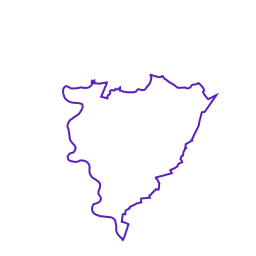 outline of Pomi, Satu Mare, Romania, rotated 224°
{"feature_id": "2599482B42596720355480", "entity_name": "Pomi", "entity_type": "district", "adm_level": 2, "iso_a3": "ROU", "parent_name": "Romania", "parent_adm1": "Satu Mare", "projection": "mercator", "projection_center": [23.315, 47.676], "detail": "fine", "context": "isolated", "style": "outline", "palette": "violet", "viewbox_px": 256, "rotation_deg": 224, "n_neighbors": 0, "source": "geoboundaries", "source_scale": "gbopen_adm2", "svg_char_len": 5658}
<svg xmlns="http://www.w3.org/2000/svg" viewBox="0 0 256 256"><g transform="rotate(224 128 128)"><path d="M148.7,181.8L147.3,180.9L146.3,180.6L146.0,180.4L145.9,180.3L145.4,179.2L143.4,175.9L143.3,175.3L143.3,174.4L143.1,173.6L142.9,173.0L143.2,172.0L143.2,171.8L143.1,171.2L142.8,170.8L142.8,170.7L142.8,170.4L142.7,170.2L142.8,169.9L142.7,169.7L142.8,169.2L142.5,167.9L142.5,167.5L142.8,166.8L142.9,166.5L143.3,166.3L143.8,165.6L143.9,165.2L144.1,165.0L146.2,163.9L147.7,162.9L147.8,162.5L147.8,162.2L147.7,161.0L147.7,160.6L147.6,159.6L147.8,159.0L148.4,158.2L149.6,156.8L151.1,155.4L153.3,153.2L156.1,151.3L159.8,149.4L161.8,151.6L162.4,148.3L163.5,147.5L164.1,147.4L163.9,145.4L165.9,144.1L166.4,143.2L166.6,142.4L166.5,142.0L165.9,141.3L165.5,141.1L165.1,140.9L164.9,139.7L164.7,138.9L165.1,137.8L165.1,137.6L164.8,136.9L164.7,136.4L164.6,136.2L164.2,135.8L163.8,135.3L163.5,135.2L163.4,135.1L164.6,134.3L169.0,131.9L174.0,144.5L174.8,146.1L176.0,144.6L176.2,144.1L176.5,143.8L177.0,143.3L177.7,142.3L178.0,142.0L178.6,140.9L179.2,140.1L180.1,139.5L181.9,138.0L182.5,137.7L182.7,137.2L183.3,136.7L183.5,136.6L183.7,136.8L183.8,136.8L184.0,136.9L184.0,137.2L183.9,137.6L184.0,137.9L184.5,138.2L185.1,138.5L185.3,138.7L185.9,137.2L186.6,137.1L186.1,135.7L185.4,135.4L184.5,134.9L184.3,134.5L184.1,133.8L184.0,131.5L184.4,130.3L184.9,129.1L186.0,127.6L186.7,127.1L188.2,125.7L189.0,125.4L190.2,124.4L190.9,123.3L191.6,122.1L192.5,121.0L193.4,120.1L193.9,119.4L195.7,117.6L196.6,116.9L197.6,116.6L198.9,116.2L201.3,115.5L201.7,114.8L202.0,114.1L202.1,113.5L202.0,112.5L201.8,111.5L200.9,110.0L200.4,109.6L199.3,108.4L198.1,107.6L195.8,106.3L194.8,105.9L193.4,105.6L191.8,105.5L189.5,105.9L188.7,106.2L187.6,106.6L185.9,107.4L185.3,108.0L183.9,108.9L182.8,110.0L182.1,110.5L180.3,112.0L178.7,112.8L177.8,113.2L177.1,113.1L176.3,112.6L175.6,111.9L174.9,111.3L174.7,110.8L174.2,109.5L173.4,106.2L173.2,104.6L173.1,104.1L173.2,102.9L173.6,101.5L174.2,98.7L174.3,97.7L174.6,96.6L174.7,95.4L175.0,94.5L175.1,93.7L175.1,93.1L174.6,90.7L174.4,89.9L174.1,89.2L173.7,88.6L173.0,87.4L172.3,86.8L170.9,86.2L170.3,86.0L168.8,85.0L167.7,84.0L166.0,82.8L161.9,79.5L160.0,78.9L157.7,78.5L155.2,78.5L152.0,77.5L151.3,76.5L151.1,75.7L150.4,74.3L150.3,72.8L150.6,71.9L151.3,70.8L152.2,68.8L152.0,67.2L151.8,65.9L150.9,64.9L149.5,64.1L148.6,63.9L147.7,63.9L145.7,64.7L143.0,66.6L142.5,66.8L140.7,68.9L140.0,71.3L138.0,73.2L136.5,74.2L135.5,74.5L134.6,74.9L132.2,75.0L131.0,74.7L129.6,74.1L129.0,73.7L126.4,70.9L125.1,69.6L124.0,68.8L122.8,68.3L120.3,67.7L119.5,67.6L118.9,67.7L112.9,68.8L110.7,68.8L109.9,68.6L108.9,68.0L108.0,67.3L107.0,65.9L106.5,65.0L106.1,63.8L105.7,62.8L104.7,61.3L104.1,60.6L103.4,60.1L100.2,59.4L99.1,58.9L98.2,58.1L97.7,57.1L97.3,56.2L97.3,55.0L97.7,53.3L98.1,52.3L99.5,49.9L99.8,48.9L99.4,47.7L98.9,46.5L98.2,45.4L97.5,44.7L96.5,44.0L95.1,43.2L94.2,43.0L93.3,43.0L91.8,43.2L90.7,43.4L89.4,44.1L87.6,44.8L86.3,45.6L85.3,46.4L81.9,49.1L80.5,50.1L79.0,51.3L77.7,52.2L76.4,52.7L74.3,52.8L73.2,52.5L72.2,52.0L70.3,50.7L67.6,48.6L65.4,46.2L63.4,45.1L62.3,44.7L60.1,44.3L57.7,44.2L55.6,44.3L55.3,44.0L54.8,43.8L53.9,43.8L54.7,46.3L54.9,46.8L54.9,47.0L55.5,48.2L55.6,48.5L56.3,49.9L57.5,52.4L60.0,57.4L60.6,58.9L60.9,59.2L62.2,58.6L63.5,58.2L66.0,57.1L67.3,56.2L68.3,57.6L68.5,57.7L69.0,58.6L69.5,59.2L70.0,59.9L71.8,62.4L70.6,63.7L70.1,64.1L70.6,64.5L71.5,65.6L71.8,66.2L72.2,67.1L72.2,67.4L72.1,68.2L71.6,69.5L71.4,69.7L71.4,69.9L71.3,70.5L71.1,71.0L71.3,71.3L71.2,71.4L71.8,72.1L71.9,72.4L71.7,72.6L71.1,74.5L70.8,75.2L70.7,75.6L69.7,78.4L69.5,79.3L69.0,80.3L68.5,81.0L66.8,83.7L67.6,84.3L69.6,86.4L63.8,93.0L65.1,93.6L65.5,93.8L65.5,95.1L65.3,95.6L65.4,97.4L65.4,98.2L65.4,100.1L65.3,100.4L65.4,100.8L65.6,101.1L65.3,101.7L65.3,102.1L65.2,102.8L65.3,103.7L63.9,104.2L63.4,104.7L63.3,104.8L63.3,105.1L63.5,105.4L63.6,105.8L64.2,106.3L65.3,107.9L66.0,108.5L66.4,109.0L66.8,109.7L67.0,109.9L67.6,110.2L68.9,110.4L70.6,111.3L71.0,111.4L72.5,111.1L72.7,111.3L72.9,111.5L73.5,111.8L72.2,114.1L71.7,114.9L68.9,119.4L68.2,120.7L65.5,125.2L65.1,126.0L68.3,127.0L68.0,128.1L67.7,128.5L67.6,128.8L67.6,129.1L67.6,129.3L67.3,129.7L67.0,130.2L66.9,130.5L66.7,130.7L66.6,131.7L66.3,132.4L66.0,133.6L66.0,133.9L65.9,134.3L65.8,134.8L66.4,135.7L66.6,136.5L66.6,137.1L66.5,138.1L66.3,138.7L66.0,139.6L65.2,141.0L65.5,141.2L66.6,141.8L67.4,141.9L68.1,141.9L68.1,142.0L68.3,142.2L68.6,142.2L68.8,142.2L69.0,142.5L69.1,142.9L69.9,144.4L69.9,144.8L69.8,145.4L69.4,145.8L69.5,146.6L69.7,146.9L70.9,148.5L71.6,149.7L72.1,152.0L72.4,153.0L72.5,153.4L72.4,153.6L73.2,153.4L73.3,153.9L73.6,154.4L73.7,154.9L74.5,155.5L74.7,155.8L75.1,156.2L75.2,156.6L74.6,158.8L73.7,161.4L73.5,162.9L73.2,163.4L74.0,163.4L74.1,165.1L74.5,165.5L78.6,178.2L78.9,179.0L80.4,181.1L81.5,182.9L85.8,190.6L84.0,192.9L87.3,213.0L87.9,211.5L88.7,208.9L90.3,204.5L90.4,204.4L92.9,204.6L96.3,205.1L98.8,205.9L99.1,206.0L99.3,206.2L99.1,206.9L99.2,207.4L99.8,208.2L100.1,208.4L101.2,208.7L102.2,209.1L102.9,209.2L105.1,209.4L107.9,209.3L108.5,209.2L108.8,209.1L108.8,208.9L108.8,208.1L108.9,207.8L109.1,207.4L109.4,207.0L110.0,205.9L111.1,204.7L111.7,203.5L111.8,203.3L111.8,203.0L111.4,200.9L111.5,200.4L111.5,200.0L111.9,199.1L112.1,198.6L113.2,197.4L114.8,196.8L115.6,196.3L116.6,195.0L117.9,193.7L118.9,192.6L119.9,191.7L120.6,191.4L125.1,190.9L127.9,190.3L129.5,189.8L131.2,189.5L134.5,189.2L134.9,189.1L135.0,189.0L135.2,188.9L136.1,188.8L137.2,188.9L138.4,189.2L139.1,189.4L139.5,188.8L139.6,188.4L139.8,187.6L140.2,187.0L140.5,186.6L142.6,185.1L143.3,184.8L144.1,184.3L144.9,184.0L145.6,183.5L146.2,183.3L148.0,182.4L148.7,181.9L148.7,181.8Z" fill="none" stroke="#5b21b6" stroke-width="2"/></g></svg>